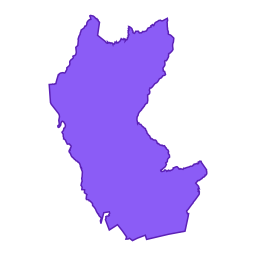 outline of Coxcatlán, Puebla, Mexico
{"feature_id": "50627088B81401252866172", "entity_name": "Coxcatlán", "entity_type": "district", "adm_level": 2, "iso_a3": "MEX", "parent_name": "Mexico", "parent_adm1": "Puebla", "projection": "equal_earth", "projection_center": [-97.103, 18.25], "detail": "fine", "context": "isolated", "style": "filled", "palette": "violet", "viewbox_px": 256, "rotation_deg": 0, "n_neighbors": 0, "source": "geoboundaries", "source_scale": "gbopen_adm2", "svg_char_len": 5771}
<svg xmlns="http://www.w3.org/2000/svg" viewBox="0 0 256 256"><path d="M146.6,239.4L168.8,234.2L185.0,231.2L188.1,216.7L188.6,213.6L187.5,213.7L186.6,211.0L188.1,209.4L191.7,204.5L193.0,203.0L193.4,202.0L195.3,199.7L199.1,194.4L199.3,193.3L199.2,192.2L198.2,191.3L198.3,190.8L198.6,190.9L198.4,191.3L199.2,191.4L198.8,190.2L198.0,189.3L198.2,188.7L198.6,189.0L198.9,188.2L199.1,188.3L198.6,186.9L198.6,186.4L195.7,183.1L197.3,181.4L197.3,181.1L197.9,180.8L197.9,180.6L199.1,180.5L199.2,180.1L200.3,179.7L201.6,178.6L201.9,178.6L202.8,177.4L204.0,177.0L205.1,175.9L205.1,175.2L206.0,175.0L206.4,174.6L206.8,173.4L206.7,171.5L206.4,170.9L206.6,169.9L201.5,162.6L201.2,161.8L201.1,161.3L200.8,161.2L200.5,161.6L199.7,161.2L198.8,162.0L198.5,162.0L198.7,162.7L198.6,163.2L198.3,163.1L198.1,163.5L197.8,163.2L197.4,163.8L196.4,163.5L195.6,164.0L194.2,164.1L193.9,164.3L193.8,164.8L193.2,165.0L192.6,165.9L191.5,166.3L190.5,166.2L189.1,166.9L185.9,167.8L185.2,168.3L183.7,168.2L183.6,168.8L183.0,169.4L181.6,168.9L181.0,169.1L180.1,168.6L179.8,169.1L179.1,169.1L178.1,167.7L177.2,166.8L176.7,166.7L175.2,167.1L174.1,167.8L173.3,167.8L173.2,168.8L172.4,169.6L171.5,170.2L170.0,170.5L169.9,170.8L168.6,170.3L168.6,170.7L167.7,170.7L166.8,171.4L166.0,170.4L165.0,169.9L164.7,170.0L164.1,171.0L163.5,171.2L161.9,171.6L160.9,171.1L160.7,170.8L160.7,170.3L161.2,170.4L161.6,169.5L162.5,169.2L163.2,168.3L164.8,167.2L165.5,166.2L166.4,164.4L165.7,162.9L167.3,161.7L167.5,159.5L168.2,158.4L169.6,157.1L169.4,155.0L168.4,153.8L168.5,153.0L168.2,152.7L168.6,151.7L168.1,150.2L166.3,148.7L166.1,147.8L165.4,147.4L165.1,146.6L164.4,145.7L163.5,145.9L162.4,145.3L162.1,145.6L161.3,145.1L160.8,145.2L159.8,144.8L159.3,144.2L158.8,144.0L158.4,143.5L157.9,143.7L157.2,143.2L157.2,142.8L156.5,141.1L155.6,140.1L153.3,139.9L152.3,138.9L150.9,138.8L150.7,137.9L150.3,137.8L150.4,137.3L149.8,136.6L149.5,135.7L148.6,135.2L148.1,134.3L147.0,133.1L147.0,132.6L146.5,131.0L145.8,130.2L145.6,129.1L145.2,128.4L144.5,128.3L143.4,127.0L142.5,126.6L140.8,124.4L139.6,124.2L138.9,123.6L138.8,122.8L137.9,123.0L137.6,123.6L137.5,123.2L137.5,122.1L136.9,120.0L137.1,117.0L138.2,115.1L138.3,114.0L139.3,112.1L141.7,109.6L142.2,108.5L143.0,107.9L143.5,107.0L144.1,106.5L145.1,104.6L146.4,103.4L147.3,103.0L147.8,100.2L147.6,95.0L149.1,94.0L149.7,93.1L149.8,91.4L149.3,90.1L149.7,88.8L150.0,88.5L149.9,88.1L151.3,87.9L152.6,86.6L154.7,83.8L156.8,82.6L157.9,81.4L159.4,78.8L161.5,77.7L162.8,75.8L164.9,75.2L165.5,74.5L164.6,71.4L163.3,71.0L163.2,69.4L163.0,68.8L163.1,67.9L164.6,65.7L164.9,64.9L164.9,62.9L164.6,61.5L165.1,60.6L166.2,60.8L167.1,59.7L168.6,56.6L168.5,55.1L168.8,54.6L168.6,53.9L169.3,53.2L170.0,53.1L171.9,51.2L172.9,49.7L173.0,49.3L172.6,46.1L172.7,43.9L173.4,42.1L173.8,38.4L173.7,38.0L171.1,35.5L169.6,34.6L168.5,34.3L168.2,33.5L168.4,32.1L167.4,29.0L167.6,28.5L167.3,26.8L167.2,23.0L167.0,22.5L167.6,20.4L167.3,18.3L162.6,20.8L161.2,20.8L160.5,20.2L158.7,20.5L157.6,21.4L155.9,22.2L154.8,23.2L153.7,25.6L153.2,25.6L152.9,24.9L152.6,24.6L150.8,25.9L151.1,26.9L147.9,28.2L146.5,30.8L143.9,31.7L142.8,31.4L141.5,32.8L139.3,32.9L138.9,32.5L138.8,31.8L138.4,31.2L135.6,31.3L135.1,32.6L134.3,33.4L132.9,32.6L133.0,31.2L132.2,30.1L132.2,29.2L131.4,28.1L129.5,26.7L128.7,26.5L128.9,27.2L128.9,28.8L128.4,28.7L128.8,30.3L128.1,30.7L128.4,31.6L128.1,32.1L128.5,34.5L128.8,34.8L128.3,35.0L128.1,35.5L128.3,36.4L127.9,37.4L127.5,37.5L127.4,38.9L126.9,39.7L126.3,39.6L125.2,41.0L125.4,39.2L124.8,39.2L124.0,38.7L123.8,39.5L123.2,39.7L122.9,39.2L121.9,39.4L121.2,38.7L120.2,40.8L117.9,42.9L117.0,42.6L116.7,42.0L116.5,42.8L115.1,42.0L114.5,43.9L113.1,44.0L113.0,44.4L112.6,43.2L111.2,42.9L111.1,43.1L110.1,42.8L110.0,43.1L109.4,42.5L108.2,42.6L107.8,42.2L108.0,43.1L107.2,43.3L106.1,42.5L106.1,42.9L105.7,41.8L97.6,35.3L99.5,22.3L98.4,21.2L98.0,19.9L97.3,19.8L96.9,18.6L95.8,18.5L94.6,17.1L93.4,16.1L90.6,15.4L89.9,15.7L89.8,16.0L90.5,17.6L90.8,19.4L89.4,19.7L88.0,20.9L87.0,22.4L86.6,24.9L85.6,26.2L84.9,26.1L84.0,28.0L81.1,30.1L81.0,31.1L80.2,33.1L80.1,34.3L79.0,36.2L78.1,39.1L78.3,40.5L77.8,45.5L75.8,47.3L76.3,52.4L75.7,54.7L74.4,55.7L73.1,56.0L72.9,56.4L73.3,57.5L72.9,58.4L71.0,59.8L69.9,61.2L69.7,62.2L69.9,63.4L69.7,64.9L68.9,66.0L66.8,67.8L66.9,69.4L65.1,72.7L64.3,73.0L62.9,72.6L60.4,73.1L59.0,74.1L58.7,74.9L58.3,74.8L56.8,79.8L55.8,83.7L54.8,83.8L54.1,84.3L52.7,84.0L52.0,84.3L49.2,84.5L50.5,102.6L51.3,104.3L58.5,113.5L59.2,114.8L59.5,116.8L58.8,120.2L59.3,124.4L59.2,124.7L57.9,125.7L57.9,126.9L58.6,127.4L59.4,127.0L60.8,124.9L60.8,123.6L61.5,122.0L62.1,121.3L62.7,121.3L63.7,121.9L65.0,124.0L65.4,125.1L65.3,126.6L64.6,128.0L63.9,128.2L63.4,130.5L62.0,132.1L62.0,132.4L63.2,134.3L63.2,136.3L63.7,137.8L63.6,138.9L64.4,139.2L65.5,140.2L65.9,141.3L67.3,144.1L68.4,144.1L69.2,143.9L69.9,144.5L70.2,145.1L70.9,145.6L71.2,146.7L70.4,147.9L70.5,148.4L70.2,148.6L70.1,149.6L69.9,149.3L69.7,149.5L69.0,151.1L69.5,152.6L70.3,153.2L71.3,155.9L72.3,157.2L72.9,157.5L73.2,158.0L73.8,158.4L74.3,159.2L75.3,159.8L76.1,160.8L76.8,161.0L77.8,161.7L77.9,162.1L78.5,162.4L79.5,163.3L80.3,165.3L80.4,166.7L81.3,167.4L81.5,168.1L81.0,168.1L82.4,171.8L82.1,176.6L81.7,178.5L82.2,181.4L81.7,182.1L81.0,185.4L81.5,185.9L82.1,187.3L81.8,189.6L84.6,189.8L84.4,192.7L86.9,194.5L86.4,196.0L86.4,197.5L86.1,198.1L86.5,199.5L88.7,199.8L89.1,200.8L90.1,201.0L92.5,203.5L92.6,205.5L94.2,207.2L95.4,208.9L96.5,211.5L97.9,213.9L98.5,214.0L98.7,215.0L99.5,216.3L100.8,217.3L101.2,218.5L100.4,220.8L100.9,223.6L103.8,212.7L109.3,211.8L109.7,213.4L108.8,214.7L109.2,215.5L108.3,216.1L107.0,216.1L105.8,216.7L106.0,218.2L105.4,219.6L109.3,230.0L117.5,224.7L122.5,231.0L126.6,236.9L125.9,239.1L128.1,239.0L129.6,238.3L132.5,240.6L137.3,238.2L145.3,235.2L146.6,239.4Z" fill="#8b5cf6" stroke="#5b21b6" stroke-width="1.5"/></svg>